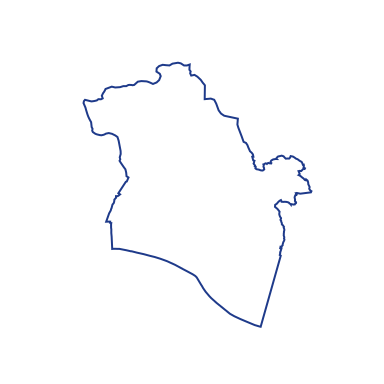 Moldova Noua, Caras-Severin, Romania, rotated 312°
{"feature_id": "2599482B11325322412339", "entity_name": "Moldova Noua", "entity_type": "district", "adm_level": 2, "iso_a3": "ROU", "parent_name": "Romania", "parent_adm1": "Caras-Severin", "projection": "albers", "projection_center": [21.687, 44.747], "detail": "fine", "context": "isolated", "style": "outline", "palette": "blue", "viewbox_px": 384, "rotation_deg": 312, "n_neighbors": 0, "source": "geoboundaries", "source_scale": "gbopen_adm2", "svg_char_len": 5187}
<svg xmlns="http://www.w3.org/2000/svg" viewBox="0 0 384 384"><g transform="rotate(312 192 192)"><path d="M277.8,270.2L277.7,268.4L276.9,268.8L276.5,268.0L276.5,267.0L276.7,266.1L276.6,265.1L276.5,264.1L276.5,263.0L276.4,262.0L276.5,261.8L276.0,260.1L276.3,260.2L276.7,259.9L277.0,259.9L277.5,259.9L278.8,257.2L279.6,257.8L279.9,258.0L280.3,258.7L280.6,259.1L281.5,259.2L282.0,259.2L283.1,259.2L283.6,259.2L284.4,260.3L285.2,260.1L284.9,258.5L286.4,257.6L287.1,256.7L286.4,256.2L287.3,254.5L287.5,254.0L287.7,253.4L287.7,253.1L287.4,252.0L287.2,250.9L287.1,249.7L287.0,248.6L286.3,246.7L286.3,245.9L286.2,245.1L286.1,244.4L285.9,243.6L285.9,243.3L284.7,241.3L283.0,241.9L281.8,241.8L281.0,240.8L279.5,239.3L279.6,237.8L279.8,236.1L279.3,235.1L279.1,234.4L277.5,233.3L276.7,232.7L276.0,232.2L275.1,232.1L274.4,232.1L273.1,232.2L273.1,232.6L273.1,232.8L272.4,232.0L271.4,231.2L270.5,230.5L268.6,229.9L268.1,229.9L267.0,230.2L266.5,230.7L266.5,231.3L266.7,232.4L266.2,231.7L265.3,230.6L264.9,229.9L264.7,229.3L263.8,228.9L263.6,228.9L263.0,228.9L263.0,228.6L262.9,228.2L262.5,227.5L262.4,227.4L261.2,227.1L260.3,226.6L259.9,227.4L258.6,228.2L258.0,229.6L257.2,230.2L257.1,230.5L256.6,230.5L255.3,230.2L254.4,229.1L254.0,228.4L253.5,227.0L252.8,225.8L252.2,224.9L252.0,224.0L252.0,223.3L252.9,222.9L253.4,222.4L253.1,221.5L253.8,221.2L254.1,220.1L254.2,219.1L254.4,218.7L255.2,218.5L256.1,217.9L257.0,217.5L256.5,216.3L258.5,213.2L259.3,214.0L260.7,212.1L261.1,210.2L261.1,207.8L261.8,206.3L262.8,204.0L263.9,201.9L264.6,199.3L263.8,196.8L266.5,191.8L270.8,183.4L272.5,180.6L277.2,177.0L270.9,166.1L270.2,164.8L269.7,161.1L270.5,157.2L273.9,150.8L275.4,146.8L274.0,143.5L269.5,139.3L279.9,130.2L280.2,128.5L280.4,126.9L280.8,125.2L281.2,123.5L281.3,118.8L280.7,115.5L278.0,113.5L279.0,111.2L280.7,110.3L281.1,108.3L283.5,106.3L285.2,105.0L282.7,103.6L280.7,101.4L280.1,97.6L278.7,95.1L274.3,91.6L271.0,90.6L270.0,89.3L268.9,87.9L267.9,86.5L266.9,85.1L263.6,83.3L260.3,83.0L257.7,85.0L258.3,88.9L257.2,91.2L253.2,92.7L249.7,92.4L246.2,90.7L245.7,89.1L245.2,87.5L244.6,85.9L243.9,84.4L243.4,83.7L240.5,80.1L237.7,77.9L232.9,77.4L231.6,76.4L231.1,75.5L230.4,74.6L229.7,73.8L228.9,73.1L226.7,72.3L224.7,70.1L221.8,68.4L218.3,65.0L216.6,61.9L210.7,58.8L209.5,59.2L208.3,59.5L207.1,59.7L205.9,59.8L203.2,60.6L201.8,63.0L200.0,62.3L198.3,60.3L196.4,60.0L195.2,59.2L194.1,58.4L193.0,57.5L192.0,56.6L188.9,50.8L187.2,50.9L185.5,51.9L183.4,56.4L182.1,58.4L180.9,60.4L179.7,62.4L178.6,64.5L178.0,65.9L177.4,67.4L176.9,68.8L176.4,70.3L173.1,74.0L172.4,75.8L170.8,76.8L170.2,78.2L170.6,81.3L171.2,82.8L171.9,84.1L172.6,85.4L173.5,86.7L174.5,87.4L175.5,88.1L176.6,88.6L177.8,89.0L180.1,90.7L181.7,93.6L182.7,97.2L183.0,99.8L181.0,103.2L174.7,111.5L172.5,113.6L169.4,115.1L168.3,116.8L166.7,117.3L166.0,119.8L165.4,122.3L164.8,124.8L164.3,127.3L163.3,128.8L162.3,130.2L161.1,131.5L159.9,132.8L160.3,135.1L156.2,136.5L155.3,136.0L141.8,138.1L142.1,140.1L141.4,140.0L140.6,139.9L139.9,139.7L139.1,139.5L138.1,138.3L137.5,138.8L136.8,139.4L134.4,139.4L133.8,139.9L133.2,140.3L132.6,140.7L131.9,141.0L131.2,141.3L129.5,141.3L126.0,143.1L125.9,143.1L125.2,143.3L124.3,143.8L123.5,144.1L123.3,144.1L120.7,144.7L113.7,147.6L112.5,148.1L114.8,150.5L115.2,151.0L114.3,151.6L114.9,152.8L114.3,153.1L112.7,154.5L111.2,155.9L110.3,157.0L107.5,159.5L105.1,162.1L96.3,170.8L97.0,171.4L101.1,176.0L104.8,182.2L107.2,186.5L107.5,186.7L110.0,191.5L113.5,197.7L116.6,203.8L118.7,207.7L121.2,213.1L123.8,219.5L126.5,228.0L128.6,236.7L129.8,241.4L131.3,247.5L131.8,250.6L131.7,252.6L129.1,261.1L128.8,262.3L128.0,264.6L127.0,268.8L126.2,274.6L126.0,277.4L126.0,284.4L126.9,301.7L128.0,306.6L129.9,312.8L131.9,318.6L133.4,322.9L135.1,327.7L137.3,332.3L137.8,333.2L203.4,300.9L204.1,300.5L203.9,299.4L205.7,298.4L206.0,298.2L206.2,297.8L207.5,297.4L208.9,296.7L209.8,296.3L209.2,295.2L210.6,294.4L211.1,295.3L212.0,295.0L212.6,295.0L213.1,295.0L213.6,294.5L214.2,294.2L215.2,293.7L216.2,293.3L217.6,293.0L218.2,292.6L218.6,292.4L219.0,291.5L219.6,291.2L220.2,290.8L220.5,290.2L221.0,289.4L221.1,289.2L221.7,288.8L222.3,288.2L223.0,287.7L223.7,287.2L224.0,286.9L224.3,286.7L225.0,286.4L225.7,285.9L226.2,285.3L226.9,283.9L227.6,283.7L227.7,283.2L228.1,282.0L228.0,281.2L228.2,280.3L229.0,279.6L229.2,279.2L229.6,278.2L230.2,277.6L230.3,276.9L230.5,276.4L231.9,275.9L232.2,275.6L232.3,274.9L232.7,273.7L233.3,272.6L233.9,271.7L234.4,271.3L236.0,270.2L236.3,268.6L236.6,266.9L236.5,263.6L238.1,262.4L240.2,262.9L241.3,262.8L242.4,262.8L243.5,262.9L244.5,263.1L245.5,263.5L245.0,264.6L244.7,265.1L245.8,266.5L246.7,267.4L247.7,268.6L248.6,270.2L248.7,270.5L248.9,271.4L248.7,272.0L248.8,272.6L249.0,273.2L248.8,274.0L249.3,273.7L250.2,275.2L250.8,276.1L251.5,276.6L251.7,276.4L252.5,276.6L253.4,276.7L253.7,276.5L253.8,275.5L254.1,275.4L254.0,275.0L254.2,274.5L254.6,274.2L255.3,273.7L256.6,271.9L257.7,271.3L259.2,270.9L259.6,271.6L260.3,271.4L260.7,270.0L261.4,270.5L263.2,273.6L271.3,280.6L272.5,280.2L272.4,279.7L272.4,279.3L272.4,278.9L272.4,278.5L272.5,278.1L272.6,277.7L272.7,277.3L272.9,276.9L274.4,276.1L275.6,273.2L276.3,272.5L276.9,271.8L277.4,271.0L277.8,270.2Z" fill="none" stroke="#1e3a8a" stroke-width="2"/></g></svg>